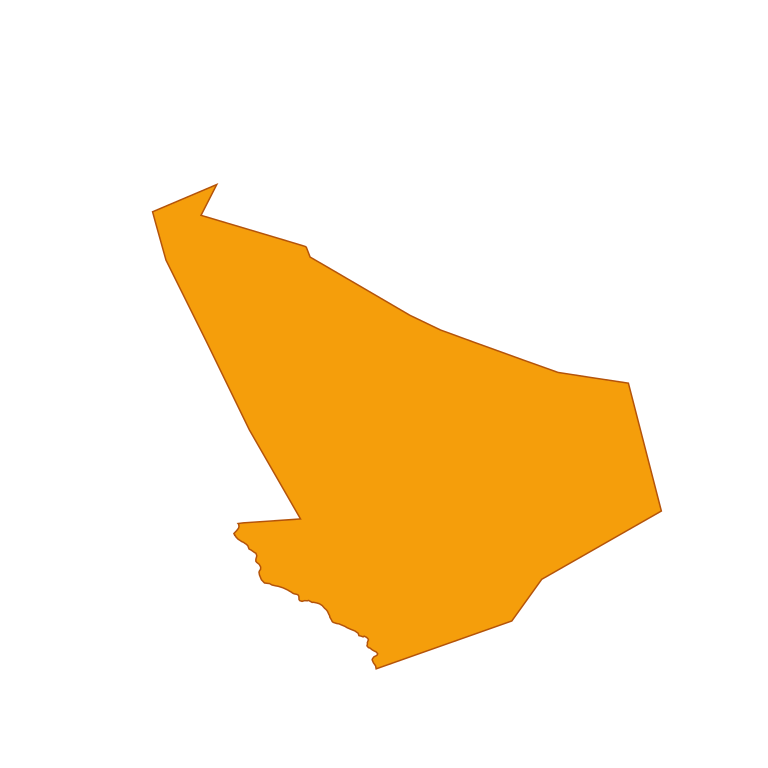 the district of San Pedro Mártir Quiechapa, Oaxaca, Mexico, rotated 328°
{"feature_id": "50627088B60700180885105", "entity_name": "San Pedro Mártir Quiechapa", "entity_type": "district", "adm_level": 2, "iso_a3": "MEX", "parent_name": "Mexico", "parent_adm1": "Oaxaca", "projection": "orthographic", "projection_center": [-96.291, 16.46], "detail": "fine", "context": "isolated", "style": "filled", "palette": "amber", "viewbox_px": 768, "rotation_deg": 328, "n_neighbors": 0, "source": "geoboundaries", "source_scale": "gbopen_adm2", "svg_char_len": 1767}
<svg xmlns="http://www.w3.org/2000/svg" viewBox="0 0 768 768"><g transform="rotate(328 384 384)"><path d="M226.4,621.4L366.8,652.7L414.3,633.2L551.9,638.7L591.7,512.8L563.1,488.3L537.7,466.4L514.6,437.2L482.8,396.7L474.0,385.4L460.5,368.1L442.4,339.5L408.3,274.6L399.8,258.4L388.6,237.2L390.6,226.8L390.0,225.5L377.4,211.1L318.2,144.0L347.9,126.2L279.0,115.3L275.8,125.9L264.7,163.6L264.7,163.9L264.7,164.0L255.8,254.8L245.5,351.6L241.7,454.2L191.1,427.2L186.3,425.0L186.4,425.8L185.6,427.9L184.2,429.2L181.2,430.3L177.5,431.2L177.3,432.6L177.5,432.5L177.5,433.3L177.4,435.3L178.0,438.3L179.0,440.3L179.8,442.2L181.0,443.9L181.7,445.7L182.3,446.9L182.8,449.0L182.1,452.4L183.3,454.4L184.1,456.3L184.9,458.3L185.7,459.7L185.1,462.3L182.5,464.7L181.4,466.4L181.5,467.7L182.6,470.8L182.5,472.6L182.4,473.9L181.0,475.9L179.8,476.2L178.3,477.3L177.2,479.9L176.3,485.0L177.2,489.4L180.0,491.7L181.2,492.6L182.5,495.1L185.2,497.8L187.1,499.5L190.4,503.4L193.2,507.7L193.9,509.2L194.9,511.0L195.9,513.3L196.7,514.4L198.5,516.1L199.3,517.2L199.3,518.9L197.7,521.8L197.8,523.1L199.3,524.9L201.8,525.6L204.1,527.2L205.4,527.6L207.3,531.1L208.6,531.8L211.1,534.2L212.8,536.2L214.2,539.1L214.8,542.8L215.4,544.7L215.6,546.9L215.2,549.8L215.1,551.5L214.5,553.2L214.4,556.1L214.2,558.0L214.6,559.2L217.1,562.2L218.8,563.6L219.7,565.0L222.4,568.8L223.0,570.0L223.5,571.0L223.9,571.6L225.8,574.4L227.5,576.7L228.4,577.9L230.0,581.7L229.4,584.1L231.0,585.7L232.3,587.4L233.5,587.3L234.9,589.5L235.4,591.3L235.2,592.7L232.9,594.4L232.1,595.8L230.8,597.0L231.1,599.3L232.1,600.4L233.2,603.4L234.2,605.2L235.4,607.1L235.7,609.4L234.6,610.2L232.9,610.3L231.1,610.0L228.8,610.8L227.8,611.6L227.3,614.8L227.5,618.6L226.4,621.4Z" fill="#f59e0b" stroke="#b45309" stroke-width="1.5"/></g></svg>